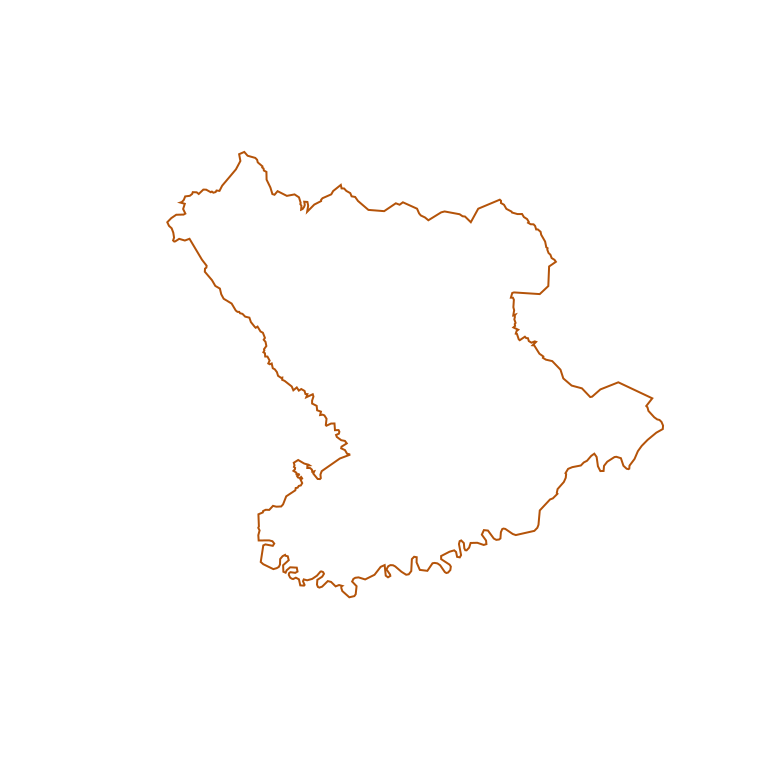 the district of Buenavista, Michoacán, Mexico, rotated 298°
{"feature_id": "50627088B1584906441416", "entity_name": "Buenavista", "entity_type": "district", "adm_level": 2, "iso_a3": "MEX", "parent_name": "Mexico", "parent_adm1": "Michoacán", "projection": "mercator", "projection_center": [-102.594, 19.215], "detail": "fine", "context": "isolated", "style": "outline", "palette": "amber", "viewbox_px": 768, "rotation_deg": 298, "n_neighbors": 0, "source": "geoboundaries", "source_scale": "gbopen_adm2", "svg_char_len": 6154}
<svg xmlns="http://www.w3.org/2000/svg" viewBox="0 0 768 768"><g transform="rotate(298 384 384)"><path d="M187.0,346.8L192.0,356.0L192.8,359.3L191.6,362.0L188.9,361.8L186.7,354.6L184.8,353.2L169.0,358.7L168.2,362.0L168.6,373.2L171.0,375.7L173.1,377.0L175.8,376.9L180.7,374.5L184.4,375.3L186.7,376.9L186.1,377.7L186.7,379.9L183.7,382.6L176.6,380.0L171.0,383.3L171.2,385.7L173.8,385.5L178.1,387.2L180.9,393.2L177.8,395.7L175.6,394.3L173.9,389.7L172.4,389.0L170.8,389.5L169.0,392.0L168.8,393.9L169.1,395.3L171.6,397.1L171.6,400.6L166.9,404.6L168.4,408.0L169.3,408.2L171.8,405.1L173.8,404.9L174.6,408.3L178.2,412.1L183.3,414.8L188.6,416.0L189.2,416.9L189.3,418.6L188.2,420.1L184.9,419.9L179.8,417.1L175.4,419.0L173.8,420.9L173.9,422.5L176.0,424.5L183.6,426.9L184.4,430.2L182.6,436.3L185.4,438.7L186.1,441.9L185.2,441.4L183.8,442.1L181.6,444.4L179.4,453.5L182.8,457.4L185.1,457.7L192.6,454.7L194.6,448.6L197.5,448.5L199.4,449.6L201.3,452.3L202.6,459.1L211.1,465.2L221.0,466.9L224.4,469.6L215.6,475.5L215.2,478.3L217.5,479.7L218.6,478.8L221.5,473.2L225.1,473.3L227.1,474.7L228.2,477.1L228.2,479.5L226.4,487.6L226.0,493.1L227.6,495.2L231.6,495.9L242.5,490.8L245.6,491.7L246.4,494.2L241.8,496.5L236.7,502.9L239.4,510.0L248.5,511.0L249.8,512.7L250.7,515.4L250.3,518.7L246.5,526.0L246.4,527.8L247.6,529.1L250.9,529.9L254.2,528.7L255.3,526.7L256.2,516.7L258.9,515.2L266.7,520.6L270.1,524.1L269.5,526.5L265.7,529.7L266.5,532.3L269.1,532.4L277.9,525.3L280.8,524.6L282.1,525.6L281.0,529.2L276.7,532.0L275.4,533.8L275.9,535.0L279.5,536.0L284.3,535.1L287.6,540.9L288.7,547.6L290.7,549.6L293.7,547.6L296.9,541.1L301.9,540.8L303.4,544.6L299.1,553.5L299.1,556.3L300.7,558.6L302.3,559.3L308.0,556.8L311.4,556.5L312.4,557.3L313.0,559.1L312.0,568.1L312.5,571.3L324.9,585.7L329.0,586.9L332.2,586.5L345.5,580.9L360.0,584.8L362.3,586.8L368.5,588.7L368.9,587.7L372.7,586.6L381.9,588.8L386.5,588.5L390.0,587.1L390.4,586.1L395.5,586.4L399.0,589.3L404.5,596.1L408.5,597.2L411.5,599.3L417.8,600.7L421.2,602.4L419.4,606.0L411.8,611.5L408.7,615.9L410.3,618.7L415.0,616.7L420.2,617.6L427.7,621.8L428.8,623.3L429.7,628.0L424.2,633.8L423.1,638.0L423.6,639.8L424.4,640.3L427.2,639.1L435.4,640.4L443.9,639.7L450.4,640.6L458.5,643.0L468.9,647.3L475.1,651.3L478.3,649.9L480.8,646.8L481.6,644.1L481.0,641.9L481.5,638.2L484.4,630.1L487.1,627.6L487.7,625.9L497.3,627.6L495.5,590.1L480.8,577.6L470.5,573.7L469.3,572.2L473.1,560.8L470.7,550.4L473.1,539.7L479.5,533.1L483.2,521.8L481.5,515.5L481.7,512.0L483.1,511.8L483.7,507.0L488.6,498.5L488.0,497.1L492.6,498.5L492.4,497.1L489.7,494.8L489.9,491.7L492.0,489.6L491.3,488.0L491.9,486.2L486.4,483.3L486.7,482.0L490.6,477.9L490.3,476.7L493.1,476.2L494.9,477.0L494.7,471.7L496.8,472.5L498.3,471.3L499.7,471.5L502.3,468.7L504.7,468.1L505.2,467.2L506.9,467.4L505.3,465.9L510.2,464.3L512.5,462.2L519.4,459.1L520.7,457.3L519.8,455.5L524.6,454.5L525.9,455.8L536.5,479.3L547.6,483.1L565.3,474.6L572.6,478.4L573.7,476.2L573.9,472.9L576.3,470.2L576.9,467.8L579.3,465.1L580.7,464.7L580.9,463.1L585.4,459.4L589.6,452.7L591.9,450.8L592.7,447.2L591.9,445.8L594.5,443.2L595.2,441.1L593.9,438.5L594.0,435.5L595.1,435.7L596.8,432.9L597.1,429.1L598.9,426.1L596.7,422.1L595.5,416.5L596.1,415.7L596.1,409.8L598.6,405.8L598.7,402.3L600.7,401.3L601.1,399.7L583.0,384.9L567.6,384.7L569.9,376.9L569.0,374.6L569.4,371.1L564.8,356.5L562.4,353.9L549.4,346.3L550.3,342.0L550.1,337.4L551.1,334.9L554.3,330.9L553.3,315.4L549.6,313.6L549.1,309.6L536.7,303.0L530.4,288.5L533.4,275.1L535.6,270.7L534.5,267.3L536.7,264.6L536.8,260.1L537.9,257.0L536.8,254.7L539.5,252.4L530.5,248.5L526.7,248.4L519.2,242.5L517.2,242.0L516.0,242.6L509.7,238.2L500.0,235.3L505.9,233.3L508.8,230.9L507.5,228.0L504.9,230.0L502.9,230.3L500.3,230.0L499.0,229.0L502.6,227.4L503.6,225.6L504.8,225.4L508.9,221.3L509.4,216.0L504.5,209.9L504.3,199.5L499.7,198.5L499.3,196.3L504.2,191.4L509.3,184.4L516.1,180.6L516.1,177.7L517.7,176.5L518.0,174.8L519.1,174.5L520.4,168.5L522.4,166.7L523.2,164.2L521.5,156.4L523.3,151.7L518.9,148.2L513.5,152.5L504.0,152.5L483.1,148.0L477.3,148.1L476.2,145.3L474.4,145.2L472.8,143.5L473.1,141.7L472.0,141.0L472.1,135.7L470.8,133.2L464.8,131.2L465.3,128.6L463.6,125.1L461.8,125.4L459.0,124.2L456.3,120.4L452.6,120.8L449.8,120.1L448.6,119.0L449.6,123.5L444.2,124.5L441.2,128.6L439.5,127.5L435.9,121.1L430.6,118.3L425.1,116.7L422.7,119.9L421.8,123.4L418.7,126.9L414.7,129.9L411.7,130.4L411.3,131.9L411.9,132.7L416.0,135.0L417.2,140.8L420.9,144.1L408.3,164.9L405.1,171.9L403.4,172.5L401.8,171.8L399.0,173.1L394.9,183.4L391.4,189.0L391.2,194.3L386.8,198.2L384.0,202.4L383.5,211.7L379.3,218.6L378.9,220.8L379.7,222.3L378.9,223.7L379.5,226.1L378.3,229.8L379.4,234.0L376.2,237.4L373.7,243.2L373.4,244.3L375.3,245.4L372.4,250.3L372.4,253.0L368.8,257.2L366.6,257.0L365.6,259.6L362.3,262.3L358.4,261.7L357.5,262.6L355.4,262.6L355.3,264.4L352.5,266.2L353.5,268.2L351.0,272.0L347.8,272.2L347.8,273.9L349.4,275.2L345.7,278.4L345.7,280.7L344.2,283.9L341.5,286.6L341.1,290.3L341.9,291.2L339.9,292.1L340.1,294.8L338.5,303.7L335.9,306.9L340.0,308.6L338.2,311.9L340.7,313.3L340.6,317.1L338.3,319.3L339.1,321.1L335.8,321.6L341.5,325.9L339.8,327.6L335.6,328.3L333.0,329.7L333.1,334.8L329.4,337.3L330.0,341.3L326.6,342.2L328.1,344.2L328.3,346.1L326.3,349.6L320.4,351.9L320.1,352.7L324.2,355.8L325.9,358.8L320.2,362.4L322.0,365.5L320.9,367.0L319.0,367.5L316.5,365.6L315.1,367.2L314.3,372.6L315.4,376.2L314.1,379.0L308.7,375.9L307.1,376.4L307.3,380.6L305.1,384.1L305.7,386.4L305.2,386.8L297.5,380.0L277.8,369.9L274.2,370.4L271.2,372.4L270.0,372.1L269.0,370.0L271.7,363.6L274.2,363.4L272.8,361.9L274.6,360.5L275.1,358.2L273.8,355.7L275.9,354.7L277.2,356.5L277.3,355.3L276.3,350.9L276.6,343.9L272.1,341.3L270.3,343.1L268.5,343.4L268.2,344.9L266.8,345.4L264.8,344.8L264.6,348.2L263.3,349.0L264.4,351.0L264.0,351.6L261.9,350.5L261.1,351.9L261.5,354.0L263.0,354.5L262.6,355.4L262.1,356.1L260.5,355.1L258.1,358.3L255.4,358.2L254.0,356.6L251.9,356.4L250.7,354.9L248.5,355.6L238.9,350.4L230.3,351.4L227.6,350.7L225.1,346.5L224.3,343.2L219.0,341.8L217.4,338.6L215.1,336.9L213.7,337.3L210.0,334.3L199.5,340.4L198.0,340.5L196.3,342.9L191.5,344.0L187.0,346.8Z" fill="none" stroke="#b45309" stroke-width="2"/></g></svg>